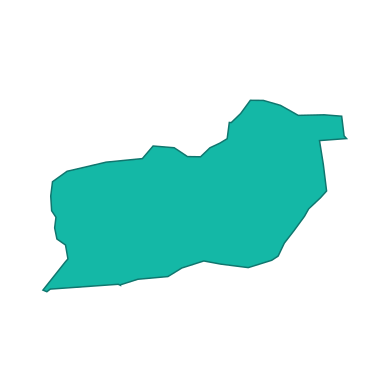 Grums, Värmland, Sweden (orthographic projection), rotated 83°
{"feature_id": "70781695B11595834980673", "entity_name": "Grums", "entity_type": "district", "adm_level": 2, "iso_a3": "SWE", "parent_name": "Sweden", "parent_adm1": "Värmland", "projection": "orthographic", "projection_center": [13.042, 59.403], "detail": "fine", "context": "isolated", "style": "filled", "palette": "teal", "viewbox_px": 384, "rotation_deg": 83, "n_neighbors": 0, "source": "geoboundaries", "source_scale": "gbopen_adm2", "svg_char_len": 793}
<svg xmlns="http://www.w3.org/2000/svg" viewBox="0 0 384 384"><g transform="rotate(83 192 192)"><path d="M127.5,146.5L143.4,150.6L146.9,158.4L150.3,168.8L158.1,179.2L156.3,192.2L145.9,204.3L141.6,225.0L152.8,237.2L151.9,273.6L156.2,313.5L164.8,329.2L178.8,332.7L193.5,333.6L200.5,330.1L210.9,332.7L222.2,331.8L229.2,324.0L243.3,323.3L245.9,326.2L271.2,351.9L273.3,348.2L271.1,344.5L274.6,276.5L275.9,274.4L275.4,274.4L272.0,256.4L273.0,226.2L266.2,211.4L261.9,188.7L267.1,172.2L273.9,145.4L269.5,121.2L266.1,114.3L254.0,106.6L242.7,95.4L229.8,83.3L222.9,78.2L213.4,65.2L207.4,58.3L180.6,58.3L156.5,59.2L157.8,32.1L154.8,34.2L135.0,34.2L131.5,51.4L128.9,77.2L116.8,93.6L109.8,110.0L108.1,122.9L120.1,134.2L127.9,144.6L127.5,146.5Z" fill="#14b8a6" stroke="#0f766e" stroke-width="1.5"/></g></svg>